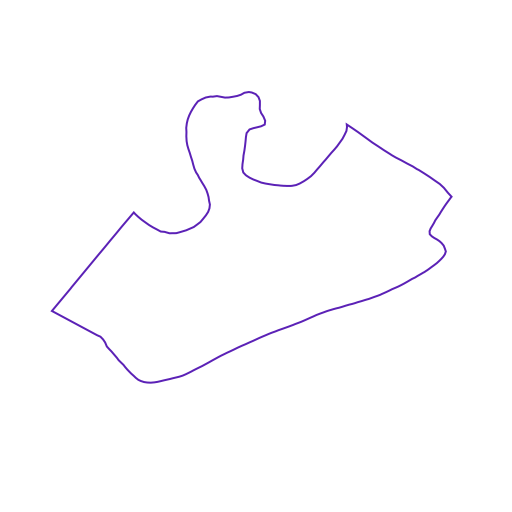 outline of Nu'man, Al Bayda', Yemen, rotated 40°
{"feature_id": "15242507B35371213994170", "entity_name": "Nu'man", "entity_type": "district", "adm_level": 2, "iso_a3": "YEM", "parent_name": "Yemen", "parent_adm1": "Al Bayda'", "projection": "orthographic", "projection_center": [45.536, 14.622], "detail": "fine", "context": "isolated", "style": "outline", "palette": "violet", "viewbox_px": 512, "rotation_deg": 40, "n_neighbors": 0, "source": "geoboundaries", "source_scale": "gbopen_adm2", "svg_char_len": 3942}
<svg xmlns="http://www.w3.org/2000/svg" viewBox="0 0 512 512"><g transform="rotate(40 256 256)"><path d="M135.0,429.3L185.3,418.8L188.7,417.8L192.5,418.2L196.0,419.2L199.9,421.2L203.5,421.7L206.5,422.0L210.7,422.7L214.9,423.4L217.7,424.1L221.6,424.4L224.5,424.6L227.2,425.2L229.7,425.6L230.2,425.7L233.0,426.0L236.0,426.3L239.4,426.4L242.2,426.6L245.4,426.5L248.1,425.8L251.3,424.5L253.9,422.9L256.7,420.8L259.4,418.1L261.4,415.8L263.3,413.3L265.2,410.7L267.1,408.2L269.1,405.6L270.8,403.2L272.8,400.5L273.7,399.3L274.8,397.8L276.7,394.8L278.2,391.8L279.8,388.2L281.0,385.4L281.1,385.0L282.4,381.9L284.1,378.0L285.5,374.9L285.8,374.1L287.3,370.3L288.5,367.2L289.8,363.7L290.9,360.9L292.1,357.8L293.4,354.6L294.7,351.7L296.1,348.5L297.6,345.4L299.1,342.1L300.9,338.0L302.9,333.8L304.7,330.3L306.6,326.3L308.3,322.9L309.9,319.5L311.2,316.7L312.8,313.5L314.4,310.4L314.6,310.0L315.8,307.6L317.3,304.8L319.3,301.4L320.9,298.4L322.4,295.9L324.4,292.5L326.4,289.1L328.2,285.9L328.5,285.4L329.8,282.9L331.5,279.9L332.9,277.4L334.6,274.0L336.0,271.1L337.5,268.0L338.8,265.4L340.3,262.2L342.2,258.8L343.9,255.9L345.6,252.9L347.3,250.2L348.0,249.2L349.3,247.2L351.1,244.6L352.9,242.2L354.5,239.8L356.7,236.3L358.7,233.3L360.5,230.9L362.1,228.5L363.6,226.0L365.8,222.8L367.9,219.5L369.1,217.7L369.9,216.6L371.4,214.0L373.0,211.2L374.8,208.2L376.2,205.7L376.7,204.5L377.6,202.7L379.0,199.8L380.5,196.5L381.6,193.9L383.2,190.8L384.6,188.0L385.9,185.0L387.2,181.8L388.2,179.1L388.5,178.3L389.2,176.3L390.3,173.2L391.7,170.2L392.6,167.4L393.9,163.9L394.6,161.9L395.0,160.8L395.3,160.2L396.0,157.7L396.2,157.2L396.8,154.9L397.5,151.9L398.3,148.7L398.4,148.3L399.1,145.2L399.5,142.1L399.8,139.0L399.9,136.1L399.8,135.3L399.6,133.3L398.5,130.5L395.9,128.9L393.1,127.4L389.8,126.8L387.0,126.7L384.1,127.0L381.0,127.6L380.1,127.7L378.2,127.9L376.9,127.8L375.1,127.6L373.0,125.4L372.6,124.1L372.1,122.7L371.7,119.9L371.1,116.3L370.4,113.4L370.1,110.1L369.8,106.4L369.3,103.4L368.9,100.3L368.5,97.0L368.2,93.9L367.7,86.1L367.7,84.9L362.3,84.2L356.1,83.0L350.5,82.7L344.3,83.3L338.3,83.8L331.8,84.6L325.3,85.5L323.4,86.0L318.6,86.6L312.4,88.0L305.8,89.3L299.8,90.7L294.6,91.6L294.1,91.6L286.1,92.7L278.8,93.5L272.2,94.3L266.0,94.7L260.3,95.1L254.6,95.5L248.3,96.1L241.0,96.9L242.8,98.7L244.9,102.1L246.0,106.4L246.9,110.6L247.2,114.5L247.6,119.8L247.6,124.1L247.4,128.6L247.4,133.4L247.4,136.6L247.4,137.5L247.3,140.5L247.3,142.2L247.3,146.3L247.2,150.4L247.2,154.8L246.8,159.5L245.7,164.2L244.6,167.9L242.9,172.4L241.1,175.9L238.3,179.3L237.1,180.4L235.1,182.1L231.6,184.8L229.5,186.3L227.8,187.4L224.4,189.8L220.4,192.2L216.7,194.4L212.8,196.4L208.5,197.8L204.8,199.1L200.8,200.1L196.9,200.6L196.0,200.6L192.6,200.2L189.1,197.7L186.6,194.3L184.2,190.4L181.8,187.0L179.4,182.8L176.9,178.8L174.3,174.9L171.8,171.3L169.8,167.9L169.7,163.2L171.8,159.8L174.1,156.7L176.5,153.4L178.2,149.7L176.1,146.5L172.0,144.4L168.0,143.2L164.4,141.0L161.9,137.8L159.3,134.7L155.8,132.7L151.7,132.2L147.6,133.5L145.1,135.0L142.2,138.4L140.8,142.1L138.7,145.5L136.1,148.7L133.3,152.0L130.4,154.6L127.0,156.5L123.3,158.6L120.6,161.6L118.5,163.3L115.6,166.9L113.6,171.0L112.1,174.9L112.3,179.4L112.8,183.4L113.5,187.4L114.5,191.3L115.9,195.2L117.7,198.8L120.2,202.7L123.0,205.7L125.7,209.1L129.0,212.6L132.2,215.3L135.5,217.5L139.0,219.6L142.5,221.9L145.9,224.0L149.1,226.3L152.7,228.7L156.4,230.5L159.2,231.3L162.4,232.7L164.3,233.3L167.7,234.5L171.4,235.7L175.4,237.3L178.8,239.3L181.7,241.3L184.6,243.9L187.6,246.2L189.7,249.4L191.0,253.0L191.2,254.6L191.5,257.1L191.6,261.6L191.6,265.7L190.7,269.7L189.7,273.8L186.0,281.2L182.5,286.5L180.3,289.7L175.1,294.2L170.4,296.3L167.3,298.5L163.3,299.3L158.7,300.3L154.3,301.0L149.3,301.4L145.1,301.7L141.2,301.7L140.5,301.7L136.7,301.5L134.4,301.2L134.3,319.9L134.4,329.0L134.4,333.9L134.4,337.6L134.5,346.1L134.5,356.0L134.7,382.2L134.8,397.5L134.8,398.5L134.9,400.0L135.0,429.3Z" fill="none" stroke="#5b21b6" stroke-width="2"/></g></svg>